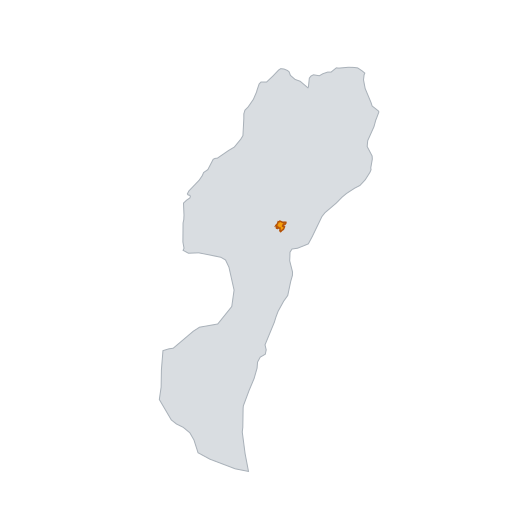 location of Aizkraukles pag., Aizkraukles, Latvia, rotated 287°
{"feature_id": "27541924B10517585408275", "entity_name": "Aizkraukles pag.", "entity_type": "district", "adm_level": 2, "iso_a3": "LVA", "parent_name": "Latvia", "parent_adm1": "Aizkraukles", "projection": "equal_earth", "projection_center": [25.231, 56.65], "detail": "fine", "context": "in_parent", "style": "filled", "palette": "amber", "viewbox_px": 512, "rotation_deg": 287, "n_neighbors": 0, "source": "geoboundaries", "source_scale": "gbopen_adm2", "svg_char_len": 3604}
<svg xmlns="http://www.w3.org/2000/svg" viewBox="0 0 512 512"><g transform="rotate(287 256 256)"><path d="M372.2,340.8L369.3,340.5L360.9,338.2L353.9,334.8L349.6,330.4L342.3,324.3L337.6,321.2L330.1,317.3L317.6,309.3L313.0,307.5L290.9,304.1L282.9,302.5L275.6,293.5L273.2,288.4L269.6,287.4L265.6,288.5L261.3,289.6L251.4,295.6L248.1,296.5L242.0,296.6L227.5,297.9L221.0,295.7L209.6,293.3L203.5,292.9L198.0,292.9L173.7,290.6L169.2,293.2L164.8,293.6L160.5,289.6L155.1,288.5L149.1,289.8L138.2,290.0L125.4,288.7L109.0,287.7L106.6,288.2L88.2,293.5L83.7,294.3L63.7,303.4L47.8,311.8L46.4,298.3L48.2,271.4L50.9,258.1L62.0,250.4L67.6,244.4L70.9,236.4L72.1,229.0L74.5,222.9L90.5,205.5L102.9,203.6L119.6,198.8L138.3,194.7L141.8,199.9L143.6,203.8L165.7,218.0L171.4,222.8L179.8,239.3L200.6,247.6L217.0,245.0L224.2,240.9L237.4,233.4L243.3,228.0L244.5,222.7L242.3,200.3L238.9,190.6L240.1,184.6L242.4,184.9L248.0,182.0L266.2,176.6L269.8,176.3L274.0,175.2L285.4,171.2L289.1,173.3L292.2,175.8L293.9,175.8L294.7,174.9L294.5,173.3L295.3,172.2L298.6,172.8L311.9,179.5L317.0,181.1L320.5,181.5L324.6,184.7L336.0,186.8L337.4,188.4L338.3,190.5L349.0,199.0L353.8,203.4L363.3,207.3L367.3,208.3L383.8,204.2L388.4,202.8L392.3,202.8L396.2,204.9L405.1,207.7L413.1,208.6L414.6,208.5L421.4,208.7L423.8,209.9L425.5,215.3L433.3,219.7L440.5,223.3L442.4,224.9L443.0,228.1L442.6,231.9L441.8,233.8L438.8,236.1L436.3,241.7L436.0,247.2L432.0,256.5L433.0,256.7L441.7,255.0L444.2,256.0L446.1,258.0L446.9,263.9L449.8,266.6L452.8,270.7L453.8,274.0L459.4,277.8L459.9,280.3L463.5,289.2L464.9,294.3L465.6,298.2L464.1,303.2L462.7,306.6L460.9,306.4L455.9,307.3L448.1,311.4L436.4,321.1L433.4,323.2L430.5,330.6L429.7,331.4L422.9,331.0L421.0,330.8L414.1,331.0L399.0,329.1L393.2,330.3L385.6,337.8L382.7,338.9L373.8,340.0L372.2,340.8Z" fill="#d9dde1" stroke="#a8b0b8" stroke-width="1"/><path d="M295.3,267.2L294.8,267.2L294.7,267.2L294.0,267.1L293.4,267.1L293.0,267.1L292.5,266.8L292.2,266.7L291.4,266.2L291.2,266.1L290.6,266.0L290.9,266.4L290.9,266.5L290.8,266.9L290.7,267.2L290.7,267.4L290.4,267.3L289.9,267.3L289.4,267.2L289.4,267.3L289.1,267.3L288.8,267.4L288.6,267.5L288.6,267.9L288.6,268.0L288.6,268.4L288.6,268.6L289.0,268.8L289.3,268.9L289.5,268.9L290.0,268.9L290.0,269.2L289.9,269.3L289.6,269.6L289.4,269.8L289.4,270.0L289.5,270.2L289.5,270.3L289.5,270.5L289.7,270.8L289.2,271.0L288.8,271.1L288.6,271.2L288.4,271.2L288.2,271.3L287.9,271.4L287.7,271.5L287.5,271.4L287.4,271.4L287.2,271.4L287.2,271.5L286.9,271.8L286.8,272.0L286.7,272.1L286.9,272.4L286.7,272.4L286.6,272.5L286.9,272.7L287.3,272.9L287.6,272.9L287.7,273.0L288.0,273.2L288.4,273.5L288.5,273.6L288.7,273.8L288.8,273.9L288.9,274.0L289.0,274.0L289.3,274.2L289.4,274.3L289.5,274.3L289.8,274.5L290.0,274.5L290.3,274.6L290.7,274.6L290.9,274.5L291.7,274.7L292.1,274.7L292.0,274.4L292.4,274.3L292.6,274.2L292.5,273.6L292.4,273.2L292.4,272.9L292.3,272.7L292.6,272.6L292.9,272.7L293.0,272.7L293.2,272.8L293.4,272.9L293.5,272.9L293.8,272.8L294.0,272.9L294.3,272.9L294.5,272.9L294.6,273.0L294.7,272.8L294.7,272.6L294.8,272.4L294.7,272.7L294.7,272.8L294.6,273.0L294.8,273.1L294.7,273.1L294.7,273.3L294.6,273.5L294.8,273.5L294.8,273.8L294.7,273.8L294.8,273.9L294.9,274.0L294.9,273.9L294.9,274.0L295.0,274.1L294.9,274.5L295.9,274.8L296.0,274.8L296.3,274.9L296.5,274.9L296.8,274.8L297.0,274.7L296.9,274.3L296.9,274.2L296.8,273.9L296.7,273.5L296.6,273.1L296.5,272.9L296.4,272.7L296.3,272.4L296.1,271.7L296.0,271.3L296.1,271.0L296.1,270.9L296.1,270.5L296.2,270.1L296.4,268.6L295.5,268.2L295.4,267.9L295.4,267.7L295.3,267.3L295.3,267.2L295.3,267.2Z" fill="#f59e0b" stroke="#b45309" stroke-width="1.5"/></g></svg>